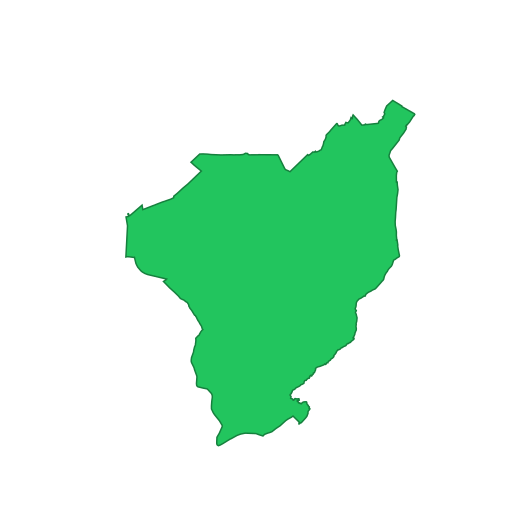 Dragoiesti, Suceava, Romania, rotated 109°
{"feature_id": "2599482B69921637610392", "entity_name": "Dragoiesti", "entity_type": "district", "adm_level": 2, "iso_a3": "ROU", "parent_name": "Romania", "parent_adm1": "Suceava", "projection": "robinson", "projection_center": [26.101, 47.535], "detail": "fine", "context": "isolated", "style": "filled", "palette": "green", "viewbox_px": 512, "rotation_deg": 109, "n_neighbors": 0, "source": "geoboundaries", "source_scale": "gbopen_adm2", "svg_char_len": 6125}
<svg xmlns="http://www.w3.org/2000/svg" viewBox="0 0 512 512"><g transform="rotate(109 256 256)"><path d="M310.2,335.2L314.2,327.3L316.7,321.4L319.1,316.3L320.8,313.6L321.1,311.1L321.0,310.3L322.1,307.3L322.2,306.3L322.5,305.6L324.0,303.8L325.5,303.0L326.0,302.3L326.8,301.6L328.4,299.1L331.9,294.9L332.1,293.8L332.8,293.2L332.9,292.9L333.9,291.8L334.5,291.4L335.2,290.5L336.0,289.8L336.2,289.5L336.3,289.1L338.3,287.0L340.1,284.7L342.2,283.2L342.9,282.3L344.1,283.0L346.3,283.7L347.1,283.7L348.0,284.0L348.6,283.9L349.2,284.0L350.0,284.6L353.2,286.1L353.7,286.1L354.9,285.5L357.2,284.9L358.5,284.7L359.8,284.3L362.0,284.5L365.3,284.2L367.2,283.8L373.0,283.9L375.4,283.4L376.8,282.9L377.8,282.2L381.8,278.2L383.5,277.1L388.7,272.9L389.8,272.4L395.9,270.8L397.6,270.0L398.3,269.2L398.6,268.3L398.1,262.9L397.6,259.2L397.7,258.5L400.5,253.4L401.4,252.5L402.5,251.8L403.9,251.3L407.8,250.5L412.3,249.3L415.1,248.3L418.0,245.5L419.5,243.6L423.7,236.9L427.2,232.8L428.4,232.4L435.6,233.0L440.1,233.9L444.2,232.7L446.0,232.1L447.1,231.4L447.4,230.7L447.6,229.8L446.5,228.4L444.3,226.4L437.8,221.1L436.9,220.1L431.8,215.5L429.4,212.6L427.0,208.5L423.9,198.2L424.0,195.1L423.9,190.8L421.9,189.9L419.6,187.2L418.5,185.6L417.0,183.8L412.5,180.9L408.6,177.9L401.8,174.2L399.7,172.6L396.9,170.0L395.3,168.9L399.0,161.1L400.4,160.9L400.8,160.6L400.1,160.0L399.3,159.7L398.9,158.9L393.1,156.4L391.0,155.7L387.8,155.6L386.5,156.1L385.6,156.1L383.5,155.3L382.9,155.3L382.7,155.6L382.6,156.3L381.4,156.4L381.2,156.7L380.9,157.6L380.2,158.0L380.0,158.7L379.0,159.9L377.8,160.4L377.5,160.8L377.8,162.0L378.6,163.6L379.5,164.5L380.9,165.0L380.9,165.7L381.1,166.0L381.1,166.4L380.7,166.6L380.6,166.8L380.7,167.1L381.0,167.6L381.0,167.8L380.9,168.1L380.3,168.5L380.1,168.8L379.9,169.7L379.7,169.9L379.4,169.9L378.7,168.7L378.3,168.2L377.9,168.5L377.3,168.6L377.0,169.0L377.6,170.2L378.0,171.6L378.0,172.3L378.1,172.7L378.5,172.9L379.7,173.2L380.2,173.7L380.1,174.2L379.4,174.6L379.3,174.9L379.3,176.8L379.2,177.0L377.7,177.0L377.3,177.3L376.7,178.3L376.1,178.6L375.6,178.5L375.0,178.0L374.5,177.9L374.0,177.8L373.4,178.0L372.8,177.6L371.6,177.8L370.2,177.1L370.0,176.6L369.0,175.8L367.5,175.2L365.3,172.9L364.1,172.0L363.1,171.7L362.7,171.0L360.9,169.3L359.4,169.5L358.0,169.4L357.7,169.1L357.2,168.0L356.4,167.9L355.0,167.1L354.6,166.7L354.3,165.9L353.6,165.9L352.9,165.7L352.3,166.1L351.9,165.7L351.1,165.5L350.9,165.2L351.3,164.7L351.4,164.4L351.1,164.2L350.2,164.1L349.2,163.5L348.5,163.4L348.1,163.7L347.9,163.6L347.3,163.1L347.2,162.8L345.0,162.7L344.6,162.6L343.9,162.7L343.3,163.1L342.2,162.8L341.9,162.4L341.1,161.9L340.8,161.6L339.6,159.7L336.9,156.5L336.5,156.2L335.8,156.0L335.7,155.9L335.9,155.3L335.9,154.9L335.7,154.7L334.1,154.4L333.8,154.2L333.6,153.3L332.8,153.3L331.6,152.9L330.3,151.8L328.9,151.5L327.6,150.4L325.8,149.6L325.2,150.0L324.8,150.0L322.2,148.9L321.9,149.0L321.0,148.7L320.1,148.8L318.4,148.0L317.9,147.9L317.7,147.2L317.3,146.9L316.9,146.3L314.8,145.3L314.5,144.6L313.0,143.6L312.1,142.4L311.6,142.1L311.4,141.8L310.0,141.5L308.8,140.7L308.6,140.0L308.3,139.9L307.2,139.2L307.0,138.6L305.6,138.1L303.0,136.4L302.1,136.4L301.9,136.6L302.1,137.0L302.0,137.4L301.8,137.6L301.2,137.4L298.5,137.1L297.7,137.1L296.1,137.4L295.4,137.2L294.7,137.3L293.8,137.1L293.0,137.2L292.0,137.5L289.9,138.6L288.1,138.9L287.1,139.4L285.0,139.5L281.6,140.3L279.2,141.9L278.5,142.2L277.5,143.3L276.9,143.6L276.3,143.6L275.1,143.3L274.8,143.5L274.5,144.2L273.7,145.0L273.2,145.1L272.3,145.0L270.8,145.1L267.7,145.9L266.0,145.8L263.0,144.5L261.8,143.1L261.0,142.6L259.9,141.6L259.0,141.2L258.7,140.8L258.6,140.1L258.2,139.6L256.8,139.8L254.7,138.6L253.6,137.8L251.8,135.9L250.4,134.9L248.3,132.6L247.1,132.0L239.4,128.8L239.0,128.7L237.9,128.1L236.6,127.7L233.6,128.0L231.8,127.9L229.3,127.4L227.8,126.8L226.5,126.7L224.5,126.1L221.6,124.7L219.8,124.4L215.3,124.5L214.7,124.2L214.3,123.9L214.0,123.4L212.1,122.2L210.0,120.4L209.4,120.4L208.9,120.5L203.7,123.6L200.0,125.5L199.6,125.4L194.8,127.9L195.1,128.4L193.9,128.6L191.1,129.9L187.5,131.1L185.1,132.3L181.9,134.2L178.3,135.6L174.4,136.6L169.2,138.1L166.7,138.6L154.7,141.9L151.2,142.4L147.1,143.3L143.0,145.4L140.1,146.6L140.4,147.3L134.2,149.5L131.1,150.2L129.8,150.0L127.4,152.9L119.3,162.1L118.4,162.6L117.4,163.0L112.5,163.0L110.4,162.1L99.8,158.4L97.6,158.5L96.9,158.3L91.8,156.5L87.1,155.4L86.0,155.7L85.1,155.7L84.6,156.7L83.1,156.3L83.2,156.0L79.2,154.4L72.6,152.8L72.0,152.3L70.4,152.0L69.9,152.7L67.3,166.7L66.7,166.9L64.4,177.4L71.6,181.3L75.4,181.6L78.6,181.6L79.7,180.5L82.6,180.9L83.3,181.5L83.9,180.4L85.7,181.3L87.4,183.0L88.5,183.6L89.6,183.6L90.3,183.4L90.7,183.6L91.1,184.3L95.6,193.9L95.8,195.1L95.6,195.4L95.7,195.6L96.5,195.7L97.8,198.5L93.8,204.9L91.0,210.1L92.5,210.2L94.8,209.7L95.1,210.7L94.4,210.7L94.2,211.2L96.7,211.1L100.0,212.2L100.4,213.2L100.4,214.5L102.3,214.8L103.4,214.8L104.3,217.3L105.8,219.2L106.1,220.4L105.5,221.3L104.5,222.2L104.4,222.6L104.6,222.9L112.7,226.3L114.5,226.9L118.5,228.9L119.7,228.9L120.7,228.4L121.9,228.5L122.9,228.4L126.0,229.1L127.3,228.8L130.0,228.6L131.0,228.8L134.2,228.9L134.5,229.1L134.9,229.6L135.7,230.3L136.2,230.5L137.3,231.8L138.2,233.2L137.6,233.9L138.9,234.7L139.1,236.1L143.0,238.3L143.0,238.7L143.9,239.3L143.4,240.2L165.2,251.3L164.9,253.7L164.8,255.6L164.6,256.4L164.1,257.2L153.7,267.7L153.3,268.5L158.9,285.1L159.4,286.6L159.6,286.9L162.5,295.1L162.6,296.1L162.4,296.7L161.9,297.1L161.8,297.3L162.1,298.3L162.1,298.8L162.2,299.2L162.7,299.8L163.7,300.6L164.4,301.6L165.7,304.5L166.8,307.8L167.6,309.8L168.6,313.2L171.8,321.8L174.7,331.5L175.4,334.7L176.7,339.2L177.9,342.4L188.5,348.0L190.4,343.7L193.5,335.3L210.2,343.9L215.8,347.3L222.5,350.9L226.2,353.2L227.7,352.8L230.1,355.2L235.6,362.3L249.0,378.1L245.0,380.3L258.9,388.4L259.1,388.7L259.0,389.1L257.5,390.4L257.5,390.6L257.7,390.8L258.1,390.8L259.3,389.6L259.8,389.4L260.2,389.5L261.4,391.6L269.3,387.3L299.3,378.7L298.6,377.6L298.0,375.5L297.1,371.0L296.8,370.5L302.0,367.2L303.2,366.1L305.0,364.2L307.5,360.0L308.1,358.4L308.7,355.5L308.8,352.4L306.9,333.0L307.9,333.4L310.2,335.2Z" fill="#22c55e" stroke="#15803d" stroke-width="1.5"/></g></svg>